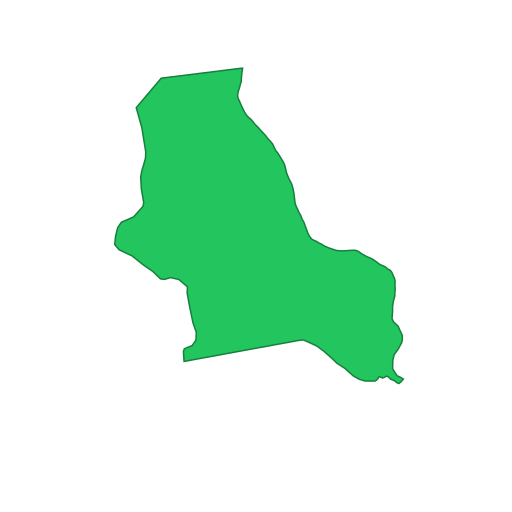 the district of Active Hill, Castries, Saint Lucia, rotated 224°
{"feature_id": "8701671B75539751550114", "entity_name": "Active Hill", "entity_type": "district", "adm_level": 2, "iso_a3": "LCA", "parent_name": "Saint Lucia", "parent_adm1": "Castries", "projection": "robinson", "projection_center": [-60.979, 14.02], "detail": "fine", "context": "isolated", "style": "filled", "palette": "green", "viewbox_px": 512, "rotation_deg": 224, "n_neighbors": 0, "source": "geoboundaries", "source_scale": "gbopen_adm2", "svg_char_len": 2497}
<svg xmlns="http://www.w3.org/2000/svg" viewBox="0 0 512 512"><g transform="rotate(224 256 256)"><path d="M445.2,279.5L427.4,269.1L407.5,254.2L403.5,249.6L400.7,244.5L397.3,238.0L393.9,232.8L384.8,224.4L374.1,216.6L371.8,213.4L371.2,199.1L376.3,186.8L375.2,180.3L370.7,172.6L365.6,166.1L358.7,165.4L345.1,170.0L331.0,171.3L319.6,173.2L308.8,173.2L305.4,175.8L302.6,181.0L295.2,185.5L283.9,186.2L279.9,181.6L269.2,173.9L255.0,164.2L245.9,159.6L240.8,153.8L239.7,147.3L243.1,139.5L241.9,136.9L234.5,130.2L209.6,165.0L166.8,224.7L166.0,225.8L163.6,228.5L157.8,230.7L149.6,233.5L141.4,234.6L129.9,235.1L123.1,235.1L114.5,236.8L102.9,237.3L96.2,239.0L90.9,241.7L86.7,245.6L85.0,247.4L83.7,248.5L83.1,250.2L83.1,251.4L83.1,252.9L83.6,253.8L83.4,255.0L81.7,255.6L80.3,256.1L79.5,257.5L79.2,258.8L79.0,259.5L78.7,260.2L77.9,260.6L76.9,261.0L75.2,261.0L73.5,261.0L71.6,261.7L69.4,262.6L67.2,262.6L64.9,263.3L64.5,263.9L64.5,265.1L64.3,266.6L64.5,269.8L67.6,269.2L71.3,267.9L74.2,268.5L79.4,269.8L85.2,276.1L88.1,281.1L89.0,287.7L91.0,294.9L92.7,297.6L95.6,300.5L102.5,303.2L104.9,304.2L111.5,304.2L114.7,305.5L119.0,310.8L122.8,314.7L125.6,318.7L128.5,323.9L130.2,325.5L131.9,327.7L133.3,329.3L136.0,331.7L138.6,334.7L141.0,336.2L144.0,337.3L145.6,338.1L148.0,338.9L150.0,338.9L152.3,338.1L155.4,338.0L159.1,336.7L161.3,335.9L165.0,335.5L167.0,335.2L169.4,334.8L170.9,334.4L173.4,333.5L175.7,332.6L178.1,331.9L180.8,331.2L182.2,330.9L184.2,330.7L186.3,330.2L188.4,329.2L190.7,327.0L192.3,325.3L195.7,321.5L198.2,318.9L200.1,317.3L202.1,315.8L204.1,314.8L206.3,313.8L209.2,312.4L211.1,311.7L213.3,310.8L215.9,310.2L217.5,309.9L220.1,309.0L221.5,308.8L223.8,308.1L225.6,307.4L228.0,306.8L231.4,307.4L234.7,308.5L238.1,310.2L241.7,311.9L244.8,313.5L248.1,314.4L252.3,316.4L255.6,317.3L258.0,318.3L260.9,319.4L262.5,320.0L265.0,321.5L267.1,323.2L269.9,325.5L271.3,326.6L273.1,328.0L275.4,329.6L276.3,330.2L277.5,331.0L279.1,331.9L281.0,332.8L283.9,333.8L285.8,334.4L288.9,335.7L291.9,337.1L294.6,338.9L297.5,340.7L298.8,341.5L301.1,342.4L311.2,345.1L315.2,345.6L321.8,348.1L325.3,348.5L328.2,348.6L330.7,348.9L332.7,349.3L335.1,349.4L338.2,349.6L340.6,349.7L344.3,350.0L348.1,350.0L351.3,350.5L354.8,350.8L357.1,350.6L359.6,350.6L361.5,350.9L364.9,351.8L370.5,353.8L372.8,354.8L374.9,355.7L378.6,357.1L380.5,358.5L382.5,361.0L385.3,366.6L386.3,368.2L387.5,370.8L389.5,373.2L391.3,375.3L393.4,378.0L396.1,381.8L397.8,379.9L447.7,318.1L445.2,279.5Z" fill="#22c55e" stroke="#15803d" stroke-width="1.5"/></g></svg>